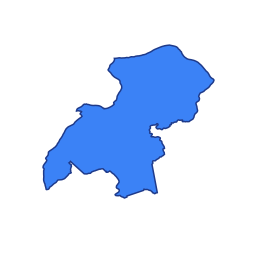 the district of Breves, Pará, Brazil, rotated 73°
{"feature_id": "56859067B92233962013090", "entity_name": "Breves", "entity_type": "district", "adm_level": 2, "iso_a3": "BRA", "parent_name": "Brazil", "parent_adm1": "Pará", "projection": "equal_earth", "projection_center": [-50.568, -1.157], "detail": "fine", "context": "isolated", "style": "filled", "palette": "blue", "viewbox_px": 256, "rotation_deg": 73, "n_neighbors": 0, "source": "geoboundaries", "source_scale": "gbopen_adm2", "svg_char_len": 5887}
<svg xmlns="http://www.w3.org/2000/svg" viewBox="0 0 256 256"><g transform="rotate(73 128 128)"><path d="M70.8,54.7L69.8,55.3L68.4,55.8L66.9,56.8L65.9,57.0L64.7,57.8L63.8,58.9L63.1,60.0L60.8,64.2L60.7,64.9L60.4,66.5L60.1,68.6L60.0,71.6L60.1,73.4L60.7,79.6L61.0,81.2L61.7,83.5L62.0,85.4L62.2,87.5L62.6,89.4L62.6,90.7L62.4,92.6L62.5,94.2L62.3,95.2L62.3,96.1L61.8,98.2L61.6,99.9L61.7,101.4L60.8,104.2L60.9,106.6L60.8,107.3L60.2,108.5L60.0,110.6L59.4,112.8L59.3,113.5L58.4,115.6L58.2,116.6L58.0,118.2L57.7,119.6L57.4,120.7L58.3,120.8L59.0,121.1L60.2,122.1L61.0,123.2L61.6,124.4L62.1,125.8L62.5,126.5L62.9,127.0L64.3,127.8L65.2,128.6L65.6,129.1L66.5,130.0L67.2,130.0L67.8,129.7L70.2,128.4L72.9,127.5L74.7,126.5L75.9,125.6L78.6,123.0L80.0,122.1L80.9,122.0L82.7,122.4L84.8,121.9L85.6,121.8L86.5,121.9L88.1,122.4L90.1,124.2L92.2,126.9L92.9,127.4L93.8,128.5L94.9,129.3L96.3,129.9L97.8,130.9L98.2,131.6L98.5,132.6L99.2,133.9L99.4,134.2L99.8,134.4L101.0,134.3L101.3,134.5L101.5,134.8L102.4,137.2L102.7,138.6L103.0,140.6L103.1,142.2L102.8,144.2L102.6,145.3L101.9,145.4L101.5,146.2L100.0,147.2L98.6,148.7L97.9,149.9L96.9,152.4L96.3,154.7L95.6,156.4L95.0,157.5L94.1,158.7L93.6,159.9L92.9,160.7L92.9,161.4L92.8,162.0L92.5,162.4L92.5,163.4L92.6,163.9L92.9,164.1L93.2,164.6L94.0,166.5L94.5,169.8L94.8,170.7L95.0,171.1L96.2,172.1L96.7,172.3L96.7,171.7L97.0,170.3L97.8,169.0L97.9,168.6L98.2,168.1L98.8,167.6L99.1,167.8L99.5,168.6L99.8,169.0L100.1,169.4L100.6,169.7L102.0,168.8L103.4,168.6L104.1,169.9L104.5,171.3L105.6,174.2L106.9,177.0L108.0,178.3L108.5,179.2L109.4,184.7L109.8,185.7L110.7,187.4L112.2,189.0L113.6,190.2L115.1,191.9L116.6,193.2L118.3,195.3L119.1,196.5L120.8,198.0L121.7,199.0L122.1,199.8L123.5,201.0L124.2,202.1L124.9,203.2L125.2,204.2L126.0,206.1L127.0,209.5L127.7,211.0L128.0,211.2L129.5,211.8L130.4,212.3L131.0,212.9L132.5,215.2L133.0,215.6L133.4,215.6L134.6,215.1L135.1,215.1L135.7,215.5L136.8,216.7L137.2,217.4L138.6,219.2L139.6,220.2L141.0,220.8L141.3,220.8L141.8,220.4L142.5,220.2L142.9,220.3L144.3,221.2L144.7,221.3L148.0,222.3L149.8,222.7L152.4,223.7L153.8,224.0L156.1,224.0L157.1,223.8L158.8,224.0L160.7,224.0L162.8,224.2L163.1,223.9L163.3,222.4L163.2,221.7L162.4,220.7L161.7,220.3L161.5,219.3L160.9,217.7L159.7,215.3L159.2,213.4L159.0,212.7L157.4,210.5L157.3,210.0L157.4,209.4L158.0,206.8L158.1,206.1L157.9,203.7L157.7,203.1L155.6,199.2L154.6,198.0L154.4,197.3L154.4,196.3L154.3,195.6L153.8,195.3L152.8,195.7L152.0,195.2L150.9,195.1L150.4,194.9L148.8,193.9L148.5,193.5L148.1,193.3L147.4,193.4L146.7,192.9L146.4,193.2L146.0,193.4L145.4,194.0L145.1,194.2L144.7,194.1L144.1,194.6L143.7,193.6L143.1,192.8L159.0,183.3L159.7,181.4L159.9,180.6L159.9,180.0L159.8,179.3L160.3,177.2L159.4,175.4L159.2,173.1L159.3,171.9L159.2,171.5L159.1,168.8L158.9,168.5L159.1,168.0L159.1,166.9L159.3,166.5L159.3,165.5L159.4,165.0L159.5,164.6L159.6,164.1L160.0,163.6L160.6,163.5L160.9,163.1L162.5,162.4L162.8,162.1L163.0,161.7L163.3,162.0L163.6,161.9L164.0,161.6L164.1,160.8L164.4,160.3L163.8,158.0L164.8,157.2L166.5,156.3L168.2,154.9L169.8,154.2L171.0,153.5L174.1,152.4L175.6,152.1L176.5,152.2L177.0,152.3L177.3,152.5L177.9,153.1L179.9,155.8L181.2,156.5L182.1,156.4L183.3,155.3L183.9,154.7L184.3,154.6L184.7,154.5L185.4,154.7L186.1,155.2L186.6,155.9L187.4,158.6L187.8,159.7L188.3,159.8L189.0,159.4L189.2,159.1L189.9,157.3L190.2,155.3L190.9,155.0L191.5,154.5L192.1,153.9L192.6,153.1L192.9,152.7L193.5,152.3L193.9,151.8L193.7,149.2L192.7,148.8L192.2,131.3L191.9,131.2L191.2,130.6L191.9,129.5L192.4,127.6L192.7,127.1L193.9,125.8L194.0,125.3L194.3,124.8L195.9,123.7L196.5,123.4L196.9,123.5L197.2,123.3L197.6,122.5L198.2,122.2L198.6,121.7L198.6,121.2L198.2,120.2L198.5,119.3L198.4,118.9L169.7,115.7L169.3,114.9L168.7,114.4L167.9,114.5L167.1,114.2L166.8,113.9L166.8,113.2L167.3,111.7L167.2,111.1L166.6,110.2L166.1,107.7L165.9,107.2L165.1,106.2L165.3,104.5L164.7,103.3L164.6,102.3L164.2,101.9L164.1,101.3L163.8,100.8L162.8,100.7L161.9,100.5L161.2,100.8L160.1,100.9L158.9,100.9L158.3,100.6L158.1,100.1L158.3,99.7L158.2,99.1L157.8,99.0L156.2,98.9L152.6,99.9L151.3,99.7L150.6,99.7L150.2,99.9L149.3,100.9L148.8,101.1L148.5,101.0L147.8,100.4L147.3,100.1L146.8,100.1L146.4,100.4L145.4,101.5L145.1,102.0L145.0,102.7L144.9,104.3L144.8,105.0L144.1,105.8L143.8,106.3L143.2,108.2L142.9,108.4L142.5,108.2L141.7,107.2L141.2,106.7L140.8,106.7L140.4,106.8L140.1,107.3L139.8,108.2L139.4,108.6L139.1,108.7L137.8,108.0L136.8,108.2L136.0,108.2L134.6,106.5L133.1,106.5L132.8,106.2L132.5,105.6L132.4,104.9L132.6,102.8L133.0,101.4L133.0,100.7L132.8,100.0L132.4,99.4L132.4,98.9L132.7,98.4L133.5,98.3L133.9,98.5L134.1,98.9L134.5,99.9L135.1,100.7L135.5,101.0L136.0,101.0L137.3,100.3L137.6,99.9L137.8,98.2L138.0,97.8L138.3,97.3L139.3,96.5L139.4,96.1L139.5,95.6L139.3,95.2L138.7,94.4L138.7,93.6L139.3,92.7L139.4,92.1L139.3,89.8L138.7,87.6L138.5,87.3L138.1,87.2L137.7,87.3L137.4,87.1L137.3,86.5L137.5,85.9L137.2,85.4L136.0,85.2L135.8,84.9L135.9,84.5L136.4,83.7L136.4,83.1L136.0,82.3L136.1,81.5L136.4,79.8L136.0,79.3L135.6,78.9L135.3,78.5L135.1,77.9L135.0,77.4L135.7,76.3L136.3,73.7L136.6,73.5L137.4,74.1L137.8,74.0L138.1,73.3L138.2,72.3L138.5,71.8L138.8,71.5L138.9,70.4L139.5,68.8L139.7,67.8L139.7,67.4L139.2,66.5L138.5,63.4L137.1,61.9L135.3,60.9L134.7,60.3L134.0,59.6L133.5,58.3L132.6,56.9L131.5,56.3L129.4,56.2L127.7,55.9L124.5,55.9L123.7,55.3L123.2,54.3L122.7,52.4L122.4,52.0L121.6,51.4L120.6,51.0L119.3,51.0L118.6,51.2L118.1,51.0L116.8,49.9L115.8,48.9L115.6,48.4L115.4,46.3L115.1,44.7L114.4,43.6L114.0,42.5L112.9,39.2L112.2,38.0L110.9,36.5L110.0,34.6L109.0,33.0L107.7,32.0L107.4,31.8L107.0,31.8L106.3,32.1L105.8,32.4L105.3,33.0L103.9,34.0L102.7,34.5L99.2,35.2L98.4,35.5L97.7,35.8L96.5,36.6L90.7,39.0L88.5,40.1L87.9,40.6L85.8,41.8L84.7,42.8L84.4,43.2L84.1,43.4L82.7,45.1L81.1,47.8L80.0,50.1L78.7,51.7L78.1,52.0L77.1,52.9L76.5,53.2L76.3,53.4L75.1,53.9L72.4,54.7L70.8,54.7Z" fill="#3b82f6" stroke="#1e3a8a" stroke-width="1.5"/></g></svg>